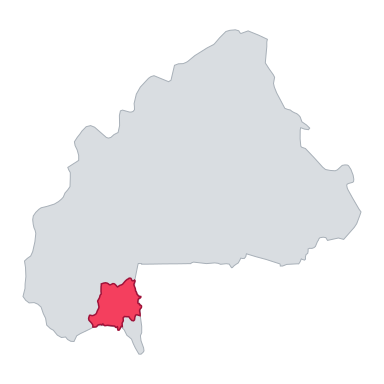 Burkina Faso, with Poni highlighted
{"feature_id": "BFA-2837", "entity_name": "Poni", "entity_type": "Province", "adm_level": 1, "iso_a3": "BFA", "parent_name": "Burkina Faso", "parent_adm1": "", "projection": "equal_earth", "projection_center": [-3.283, 10.293], "detail": "fine", "context": "in_parent", "style": "filled", "palette": "rose", "viewbox_px": 384, "rotation_deg": 0, "n_neighbors": 0, "source": "natural_earth", "source_scale": "10m", "svg_char_len": 5171}
<svg xmlns="http://www.w3.org/2000/svg" viewBox="0 0 384 384"><path d="M297.7,263.8L286.7,264.4L282.7,266.0L280.3,266.0L280.2,264.7L279.9,263.9L266.0,259.4L256.3,256.8L246.4,253.8L245.8,256.6L244.4,258.4L242.3,258.5L240.8,258.1L239.8,260.2L238.2,263.0L235.9,264.4L233.7,266.1L232.4,267.6L231.5,267.7L229.2,264.1L226.2,263.7L220.6,264.3L218.1,263.3L214.7,262.9L206.5,263.6L193.5,262.1L191.4,262.9L190.8,263.6L178.0,263.8L163.8,263.9L152.0,264.1L141.6,264.2L141.6,263.6L138.3,263.5L137.9,264.7L135.0,279.1L134.6,286.9L136.2,291.8L138.0,294.8L139.9,296.1L140.1,297.9L138.6,300.1L138.7,302.4L140.5,304.8L141.0,307.3L140.1,309.9L140.3,316.2L141.7,326.2L141.7,332.7L140.4,335.7L141.0,340.7L143.6,347.9L144.0,350.9L143.1,352.3L141.0,354.2L138.9,354.1L136.4,349.8L135.3,347.9L133.2,343.5L131.5,339.1L129.2,337.1L126.9,335.3L124.1,329.7L121.4,327.1L118.6,327.8L114.5,326.8L106.1,325.4L97.2,325.8L93.4,327.1L89.8,329.1L80.4,333.6L76.7,335.8L74.0,341.5L70.8,341.3L67.6,339.5L65.6,337.0L61.4,337.5L57.3,335.1L53.3,330.2L50.4,328.6L46.7,325.1L45.6,318.3L43.3,313.6L41.1,307.1L37.9,304.2L34.2,302.6L29.1,302.9L25.7,300.3L23.0,296.5L23.8,293.2L25.0,288.5L25.1,283.9L25.9,276.6L25.5,267.4L24.5,261.0L27.4,258.3L30.7,256.0L32.7,251.6L34.9,241.8L35.8,233.4L35.1,230.3L34.0,227.8L33.2,224.2L32.7,219.7L33.3,215.9L35.8,212.3L38.9,209.3L41.1,207.8L46.9,206.4L54.3,204.1L58.5,201.6L61.5,199.1L63.3,197.1L65.0,193.0L67.8,189.8L70.0,186.6L70.3,177.7L70.3,172.6L68.7,169.8L67.8,167.4L78.7,160.4L78.7,155.5L77.2,150.0L75.1,145.6L74.4,141.8L77.3,137.3L80.0,133.9L81.9,131.1L86.2,126.7L90.6,125.6L94.6,127.2L106.4,137.5L108.5,138.1L110.9,137.4L114.0,134.6L118.1,132.5L119.6,125.6L119.4,115.5L120.4,110.9L122.5,110.1L129.3,112.0L131.0,112.1L133.0,111.5L134.5,109.7L134.4,106.4L134.1,103.6L136.3,94.2L140.3,87.1L148.5,78.3L151.0,76.6L154.0,75.7L168.6,81.7L171.0,80.2L174.5,65.3L178.5,63.8L183.2,63.6L186.3,62.3L187.9,61.3L194.8,55.6L207.1,47.9L213.7,44.5L214.9,43.3L219.6,37.8L225.9,31.5L229.9,30.3L235.4,29.8L238.8,30.8L239.8,32.6L240.9,33.5L248.1,30.9L258.5,35.1L267.4,39.3L266.8,41.9L266.8,46.6L266.1,54.1L265.3,62.9L269.0,68.7L273.4,74.9L274.6,77.3L273.5,83.4L274.3,87.0L276.7,93.0L280.7,100.5L284.8,108.3L287.6,109.4L290.3,110.0L292.0,111.4L294.4,112.7L296.7,113.6L298.8,115.3L300.2,117.0L301.9,121.8L306.5,125.0L309.7,128.1L308.5,129.7L304.5,129.1L300.7,127.7L300.2,130.0L300.1,138.8L300.8,146.2L301.6,147.2L305.4,148.5L314.5,158.1L322.7,167.2L325.5,169.5L330.0,170.4L335.1,170.8L337.3,169.9L342.2,165.4L344.8,164.9L347.2,165.0L348.5,165.7L350.9,169.4L353.1,175.1L353.8,179.2L353.6,181.4L352.8,182.3L348.8,183.4L347.1,184.2L346.7,185.4L347.3,188.2L348.1,190.0L352.6,198.1L359.0,209.1L361.0,211.9L359.9,215.2L356.7,223.7L354.3,227.3L343.7,239.4L338.4,238.0L327.5,240.4L325.8,237.6L323.2,237.2L320.0,237.7L318.9,238.8L318.5,240.0L317.4,241.7L315.4,246.5L313.9,247.7L311.9,248.4L309.5,248.3L308.1,249.0L308.1,251.3L307.7,253.4L306.1,254.5L305.4,256.8L305.5,259.1L304.6,260.1L302.5,259.5L301.3,258.9L300.1,261.8L298.7,263.9L297.7,263.8Z" fill="#d9dde1" stroke="#a8b0b8" stroke-width="1"/><path d="M105.0,325.7L104.3,325.5L103.9,325.1L103.6,324.6L103.3,324.2L102.7,324.0L102.1,324.8L101.9,324.9L101.6,324.9L101.1,324.4L100.8,324.4L98.7,324.7L98.1,325.0L97.6,325.4L96.9,326.3L96.6,326.7L95.7,327.0L92.9,327.1L92.8,326.8L92.9,325.9L92.7,324.8L91.5,323.0L89.0,320.3L88.6,318.8L88.7,318.0L89.2,316.2L89.6,315.3L90.5,315.2L91.8,315.6L92.8,315.6L94.6,314.9L96.0,313.9L96.5,313.1L97.3,310.9L98.6,308.4L98.9,307.4L98.9,306.4L98.6,305.4L98.3,303.4L98.1,302.6L97.7,301.8L97.7,300.8L98.0,300.4L98.2,300.0L99.4,297.9L99.8,296.6L100.1,295.3L100.6,294.7L100.9,294.3L101.1,294.1L101.2,293.1L101.0,291.5L101.1,286.5L101.2,285.9L101.3,285.3L101.3,284.3L101.3,283.9L103.6,283.1L105.4,282.8L107.1,283.1L108.5,283.9L109.2,284.6L109.8,284.8L110.7,284.7L112.8,283.6L114.0,283.7L115.0,284.3L115.8,285.1L117.4,286.9L118.3,286.5L119.4,285.6L120.3,285.2L121.1,285.0L122.5,284.3L125.5,280.8L127.2,279.4L128.0,279.0L128.5,278.7L128.7,278.4L129.7,278.1L130.8,278.3L131.5,279.3L131.8,280.3L132.3,280.8L133.2,280.8L133.8,280.6L134.4,280.1L134.5,280.3L134.9,280.5L135.0,280.8L135.0,281.1L135.0,281.4L134.8,281.6L134.6,282.5L134.0,283.9L133.9,284.5L134.1,285.6L135.3,288.6L135.4,289.2L135.5,290.4L135.6,291.0L135.8,291.3L136.4,292.1L136.5,292.4L136.7,293.5L137.0,294.2L138.5,296.0L139.0,296.3L139.7,296.5L140.8,296.5L140.9,296.8L140.8,297.3L140.4,297.8L139.9,298.1L139.3,298.2L138.9,298.3L138.6,298.7L138.3,299.2L138.0,300.1L137.8,301.3L137.8,302.5L138.1,303.4L138.5,303.6L138.9,303.7L139.3,303.8L139.5,304.2L139.6,304.8L139.8,305.0L140.2,305.0L140.6,305.2L141.1,305.5L141.3,305.7L141.5,306.0L141.5,306.7L141.4,307.5L141.1,308.0L140.2,308.9L139.6,310.1L139.6,311.3L140.1,313.9L140.1,315.7L138.3,315.2L136.9,314.7L135.6,315.2L134.9,317.1L134.5,319.9L133.6,320.8L131.8,320.5L130.1,318.6L128.8,316.7L126.7,316.7L124.4,316.5L123.1,317.9L123.3,320.8L122.1,323.2L122.3,326.3L121.8,325.9L121.1,326.5L119.7,329.3L119.1,330.1L118.1,330.2L117.7,329.4L117.6,328.3L117.6,327.1L117.4,326.7L117.0,326.9L116.5,327.4L116.1,327.5L115.6,327.2L114.9,326.3L114.3,326.0L107.6,325.3L105.0,325.7Z" fill="#f43f5e" stroke="#9f1239" stroke-width="1.5"/></svg>